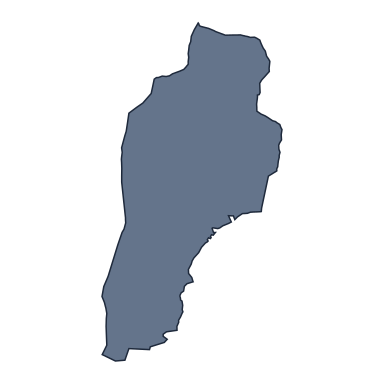 Bassa, Plateau, Nigeria (Mercator projection)
{"feature_id": "59680162B94726154492089", "entity_name": "Bassa", "entity_type": "district", "adm_level": 2, "iso_a3": "NGA", "parent_name": "Nigeria", "parent_adm1": "Plateau", "projection": "mercator", "projection_center": [8.83, 10.063], "detail": "fine", "context": "isolated", "style": "filled", "palette": "slate", "viewbox_px": 384, "rotation_deg": 0, "n_neighbors": 0, "source": "geoboundaries", "source_scale": "gbopen_adm2", "svg_char_len": 2772}
<svg xmlns="http://www.w3.org/2000/svg" viewBox="0 0 384 384"><path d="M125.5,219.8L125.7,222.9L124.0,229.2L122.1,232.4L117.8,244.9L108.2,276.1L107.3,278.3L103.8,286.5L102.0,296.5L104.4,302.4L105.4,306.4L105.9,308.2L106.8,313.6L106.5,316.5L106.3,318.6L106.2,323.3L106.1,326.3L106.5,337.8L106.8,345.2L102.2,354.6L115.4,361.0L124.9,360.2L128.9,348.6L149.5,349.6L150.3,346.8L164.4,342.4L164.6,342.1L167.2,339.3L163.2,336.3L163.2,334.2L166.5,331.8L177.0,330.3L177.0,329.5L176.9,326.4L178.7,322.3L178.6,320.2L180.5,317.0L182.3,312.8L182.5,312.6L182.9,311.8L182.2,309.7L182.7,305.3L182.0,301.1L180.6,300.0L180.4,297.9L179.9,296.3L180.0,295.3L181.1,292.9L183.6,291.1L184.4,286.3L187.0,283.7L193.1,281.8L193.0,281.6L191.8,277.5L190.6,276.0L188.6,273.5L188.4,269.4L191.2,264.2L191.9,261.8L192.1,261.0L193.9,257.9L195.9,255.7L198.7,252.6L201.5,247.3L205.4,243.0L207.3,241.9L208.1,241.0L207.3,239.7L208.5,237.8L210.3,238.6L211.1,237.7L210.5,236.6L211.5,234.7L213.2,235.2L215.4,232.5L213.5,232.5L212.1,228.3L212.9,227.8L217.8,228.6L219.8,227.9L222.8,225.8L228.7,223.4L231.3,222.0L228.5,215.7L233.4,215.9L234.8,219.6L237.5,216.9L242.4,213.6L244.4,213.5L244.8,213.5L247.5,213.3L250.4,212.2L253.5,212.0L256.5,211.9L258.5,211.8L260.5,211.7L260.9,211.5L261.3,211.5L261.6,208.1L268.4,176.1L276.8,170.9L276.8,170.5L276.7,168.9L277.7,166.8L278.0,163.7L278.4,160.6L279.2,157.4L279.2,155.8L279.2,155.4L280.0,152.3L278.9,149.2L278.8,147.2L278.7,145.1L279.0,144.5L279.6,143.0L281.5,139.9L281.3,136.3L281.2,134.7L282.0,129.6L280.9,127.5L280.8,127.3L279.8,124.5L276.7,122.6L275.6,121.6L272.5,120.7L267.8,117.5L265.2,115.9L263.2,115.0L261.1,114.1L256.9,111.2L256.8,109.1L256.8,107.4L256.7,106.0L256.6,104.0L256.9,101.6L257.3,98.7L257.5,96.7L257.4,95.1L259.2,94.6L260.1,92.5L259.9,88.4L259.8,85.3L259.7,83.3L261.6,80.1L262.9,78.6L264.5,76.9L269.3,71.5L269.1,68.4L269.8,61.9L269.8,61.2L269.7,61.1L268.7,59.2L266.6,56.2L265.3,51.1L263.2,48.1L262.1,45.8L260.9,43.1L260.1,40.9L259.8,40.1L256.7,38.2L254.6,37.2L251.8,37.3L250.6,37.4L250.4,37.4L247.5,36.5L245.2,36.1L244.9,36.0L244.2,35.8L243.1,35.6L240.4,34.9L237.3,35.0L234.3,35.0L225.4,35.2L215.7,31.6L214.1,30.7L208.6,28.4L205.5,27.6L200.8,26.4L199.4,25.7L199.0,24.5L198.7,23.6L198.2,23.0L194.3,29.7L191.3,36.3L190.7,41.7L189.2,45.4L188.7,50.0L188.2,53.7L188.7,57.3L188.2,61.4L188.2,64.3L186.4,66.4L186.3,66.6L185.8,67.2L183.8,69.4L179.9,71.1L172.5,73.8L169.5,75.8L166.2,76.5L162.2,76.1L158.5,77.5L156.4,77.6L154.2,79.2L153.3,83.6L151.9,90.2L151.2,93.5L149.1,95.9L142.8,103.1L136.6,107.4L135.8,108.0L130.6,111.9L128.9,113.2L127.5,122.9L126.2,131.4L124.8,135.9L121.6,147.8L122.2,152.4L121.6,157.1L121.4,159.3L121.6,162.2L121.8,168.2L121.7,176.1L121.7,182.1L122.5,189.7L125.5,217.8L125.5,219.8Z" fill="#64748b" stroke="#1e293b" stroke-width="1.5"/></svg>